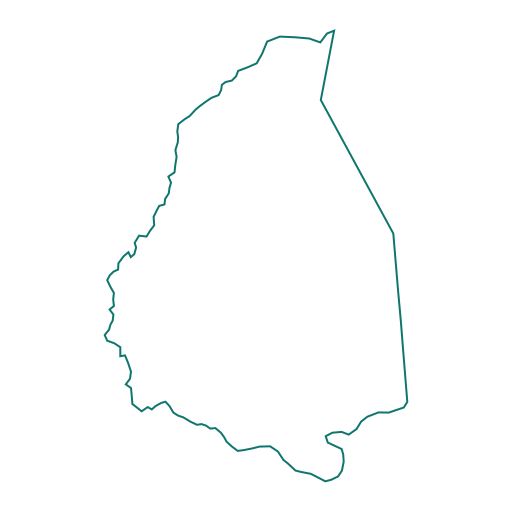 outline of Palminópolis, Goiás, Brazil
{"feature_id": "56859067B71673354541493", "entity_name": "Palminópolis", "entity_type": "district", "adm_level": 2, "iso_a3": "BRA", "parent_name": "Brazil", "parent_adm1": "Goiás", "projection": "robinson", "projection_center": [-50.228, -16.81], "detail": "fine", "context": "isolated", "style": "outline", "palette": "teal", "viewbox_px": 512, "rotation_deg": 0, "n_neighbors": 0, "source": "geoboundaries", "source_scale": "gbopen_adm2", "svg_char_len": 1729}
<svg xmlns="http://www.w3.org/2000/svg" viewBox="0 0 512 512"><path d="M134.7,242.8L136.1,247.6L134.3,254.1L130.8,257.1L128.4,252.2L123.6,256.3L118.4,263.3L118.1,269.6L113.7,271.5L109.9,275.2L107.2,280.1L110.6,287.2L113.9,292.9L113.2,299.5L113.9,306.0L109.6,309.5L113.4,314.6L112.7,320.6L110.4,324.7L109.0,329.8L104.7,335.0L107.2,340.7L114.2,343.2L120.3,347.2L120.3,356.2L125.0,355.4L127.9,362.4L131.0,371.6L130.0,378.7L125.8,384.4L131.0,388.0L131.7,395.5L132.4,404.0L136.9,407.5L141.6,411.3L147.7,407.1L151.8,409.4L155.4,406.2L161.3,402.9L165.5,401.7L169.5,406.1L173.4,412.6L178.1,415.6L183.2,417.3L190.3,421.6L197.0,424.8L201.5,424.1L206.0,425.6L210.3,428.6L215.4,428.1L220.9,432.7L224.2,437.3L226.6,441.7L231.6,446.3L237.7,450.9L243.8,450.1L251.9,448.5L259.5,446.6L270.1,446.3L277.9,451.5L283.4,459.9L287.8,463.4L295.4,470.5L300.8,471.9L310.8,473.8L318.0,477.5L325.3,481.3L331.4,479.7L338.1,476.4L341.9,470.7L343.7,461.8L343.2,454.4L341.6,449.0L327.8,442.6L325.7,436.2L332.4,432.7L341.6,431.9L348.7,434.6L356.5,429.1L361.2,421.5L367.4,416.7L378.5,412.4L388.7,412.6L403.8,407.5L407.3,401.9L402.9,347.3L400.8,320.6L398.1,291.0L393.3,233.5L320.8,100.0L334.1,30.7L327.0,33.5L320.3,42.4L309.2,38.5L295.4,37.3L279.8,36.6L267.1,41.6L262.1,53.8L256.7,63.3L247.4,67.4L238.1,70.9L236.1,76.3L231.8,80.6L225.6,82.0L221.9,84.8L221.1,90.2L218.6,95.1L211.5,97.8L205.5,101.9L199.4,106.4L195.3,109.9L189.7,116.0L184.7,119.2L178.3,124.1L177.3,131.4L178.1,137.1L177.8,142.3L175.4,150.1L176.6,156.9L175.4,164.3L174.5,172.4L168.4,176.5L171.0,182.7L169.5,187.7L168.8,193.3L165.1,199.0L164.5,204.4L159.2,205.9L156.2,211.5L153.6,216.9L154.2,225.3L149.7,231.3L146.6,236.5L139.0,235.7L134.7,242.8Z" fill="none" stroke="#0f766e" stroke-width="2"/></svg>